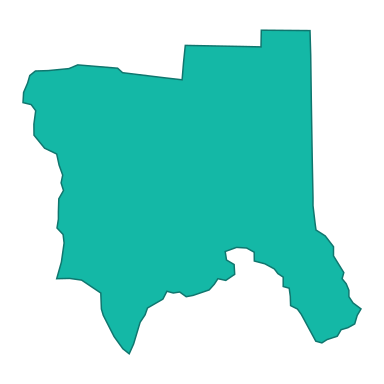 outline of Paverama, Rio Grande do Sul, Brazil
{"feature_id": "56859067B40983715015360", "entity_name": "Paverama", "entity_type": "district", "adm_level": 2, "iso_a3": "BRA", "parent_name": "Brazil", "parent_adm1": "Rio Grande do Sul", "projection": "mercator", "projection_center": [-51.725, -29.575], "detail": "fine", "context": "isolated", "style": "filled", "palette": "teal", "viewbox_px": 384, "rotation_deg": 0, "n_neighbors": 0, "source": "geoboundaries", "source_scale": "gbopen_adm2", "svg_char_len": 1309}
<svg xmlns="http://www.w3.org/2000/svg" viewBox="0 0 384 384"><path d="M261.3,30.2L261.0,46.9L243.2,46.5L185.3,45.4L183.5,62.9L182.1,79.8L164.6,77.8L122.6,72.7L117.6,68.2L77.7,64.9L68.9,68.6L48.2,70.6L35.4,71.0L29.8,75.5L27.6,83.1L23.6,92.4L23.0,102.6L31.2,104.6L35.7,110.7L33.9,124.1L34.0,135.2L44.6,148.2L56.7,154.0L59.1,165.1L62.7,175.1L61.1,182.9L63.5,190.5L58.8,198.8L58.4,212.0L58.4,219.2L57.0,228.0L63.1,234.5L64.1,243.0L61.4,262.1L56.7,278.7L69.5,278.4L81.6,280.1L100.8,293.0L101.4,309.0L103.3,315.4L114.1,336.6L122.9,348.8L129.2,353.8L133.6,344.0L140.1,322.3L145.1,314.8L147.5,308.0L162.9,299.1L166.9,291.3L173.3,293.0L179.7,292.0L186.2,296.7L193.1,295.4L209.2,289.9L214.3,284.2L217.9,278.7L225.8,280.4L234.7,274.3L234.1,264.5L226.5,260.0L225.2,251.5L236.5,247.4L246.6,248.0L254.2,252.2L254.3,261.0L264.9,263.8L274.3,268.9L277.9,273.6L283.2,277.1L283.2,286.5L289.2,288.2L290.3,296.3L290.6,305.6L297.4,309.0L301.3,314.4L315.8,341.2L321.9,342.9L327.0,339.6L337.3,336.2L341.1,329.7L347.9,327.7L354.7,323.9L357.2,315.4L361.0,308.9L353.0,302.9L348.9,296.7L348.9,290.3L346.2,283.8L342.1,278.7L343.8,272.6L333.5,255.9L333.5,246.7L325.2,235.9L316.0,230.0L315.1,223.5L313.0,205.7L313.0,197.8L312.2,157.3L311.3,100.0L310.7,55.1L310.0,30.6L261.3,30.2Z" fill="#14b8a6" stroke="#0f766e" stroke-width="1.5"/></svg>